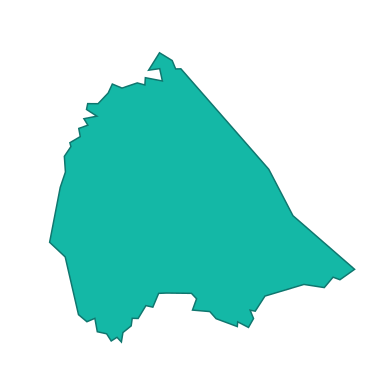 Hopkins, Kentucky, United States of America, rotated 81°
{"feature_id": "52423323B92767937246605", "entity_name": "Hopkins", "entity_type": "district", "adm_level": 2, "iso_a3": "USA", "parent_name": "United States of America", "parent_adm1": "Kentucky", "projection": "natural_earth1", "projection_center": [-87.533, 37.338], "detail": "fine", "context": "isolated", "style": "filled", "palette": "teal", "viewbox_px": 384, "rotation_deg": 81, "n_neighbors": 0, "source": "geoboundaries", "source_scale": "gbopen_adm2", "svg_char_len": 915}
<svg xmlns="http://www.w3.org/2000/svg" viewBox="0 0 384 384"><g transform="rotate(81 192 192)"><path d="M68.6,183.7L67.9,188.9L59.1,191.0L49.4,202.3L64.9,215.8L65.1,204.6L77.7,203.9L71.8,220.2L78.9,221.8L75.7,229.0L78.4,244.9L72.9,253.8L81.1,259.3L90.1,271.0L88.4,281.2L94.0,283.3L102.2,274.1L102.7,287.3L109.7,284.4L111.5,293.9L119.8,293.7L124.2,304.9L128.2,304.5L136.8,312.5L152.5,313.9L166.8,321.4L219.4,340.5L236.3,327.4L295.4,323.3L303.7,316.1L301.6,307.7L315.2,307.4L318.7,298.5L326.5,295.1L323.8,288.8L329.1,285.2L320.0,282.2L314.7,273.0L307.4,270.8L308.5,265.0L297.0,255.3L299.6,248.7L286.9,240.8L287.8,233.0L292.0,208.4L298.2,204.2L308.7,210.0L312.9,193.1L320.9,188.0L332.0,168.3L327.4,167.2L334.6,157.4L326.6,151.0L317.8,153.1L319.6,148.2L306.2,136.2L300.8,95.9L307.1,76.3L298.2,66.0L301.8,59.6L293.8,43.5L231.2,96.0L181.6,112.6L68.6,183.7Z" fill="#14b8a6" stroke="#0f766e" stroke-width="1.5"/></g></svg>